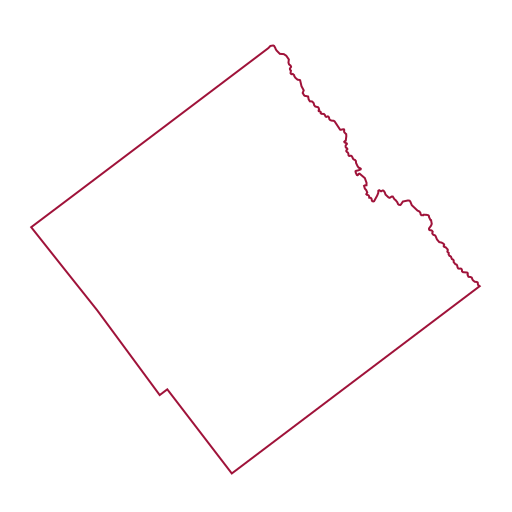 Clay, Minnesota, United States of America, rotated 143°
{"feature_id": "52423323B41425910049088", "entity_name": "Clay", "entity_type": "district", "adm_level": 2, "iso_a3": "USA", "parent_name": "United States of America", "parent_adm1": "Minnesota", "projection": "robinson", "projection_center": [-96.781, 46.89], "detail": "fine", "context": "isolated", "style": "outline", "palette": "rose", "viewbox_px": 512, "rotation_deg": 143, "n_neighbors": 0, "source": "geoboundaries", "source_scale": "gbopen_adm2", "svg_char_len": 3179}
<svg xmlns="http://www.w3.org/2000/svg" viewBox="0 0 512 512"><g transform="rotate(143 256 256)"><path d="M115.1,412.9L115.6,413.8L118.1,415.1L121.0,414.6L364.9,414.3L418.2,414.3L416.9,361.2L415.5,308.1L416.6,202.9L407.1,202.9L406.2,96.9L95.5,97.3L95.6,97.9L96.0,98.5L96.0,99.5L94.9,101.4L95.3,102.4L96.8,103.8L97.3,105.8L97.3,106.9L96.7,108.9L97.3,110.1L98.8,111.5L98.6,112.8L98.3,113.8L97.7,114.1L97.2,115.0L97.4,115.8L100.4,118.5L100.7,119.7L99.9,121.0L99.7,122.2L100.2,122.9L101.5,123.7L102.0,124.4L101.9,125.5L101.0,127.6L101.0,128.5L101.7,129.4L101.8,132.2L100.9,133.3L100.7,134.3L101.4,135.7L100.7,138.1L100.9,139.0L101.4,139.6L101.2,141.4L100.2,142.5L100.6,144.0L100.4,144.5L99.2,145.3L99.0,146.0L99.3,148.9L100.1,149.8L100.3,150.7L99.9,151.2L99.0,151.6L98.8,152.7L99.7,155.0L101.3,156.8L101.5,160.4L100.6,163.8L100.7,165.0L101.6,166.1L101.7,167.4L101.5,168.2L100.3,169.0L100.2,169.9L100.4,170.8L101.7,172.1L101.9,172.9L101.2,173.9L97.9,174.9L96.3,175.9L94.6,179.3L95.0,179.8L94.4,182.9L93.9,183.7L93.8,184.4L94.0,185.0L95.2,186.4L97.3,188.1L97.9,187.9L99.4,189.1L99.4,190.3L98.8,191.4L98.7,193.2L99.7,195.1L101.0,202.9L100.9,203.2L100.0,206.7L100.1,207.8L101.2,208.9L105.9,211.1L109.4,209.9L110.1,209.9L111.1,211.0L111.3,212.0L110.8,213.9L110.9,216.9L111.3,217.8L111.0,221.2L111.8,221.8L114.2,222.0L114.9,223.0L115.6,227.1L114.9,229.2L114.8,231.0L115.1,231.9L115.4,232.1L117.2,232.4L118.0,234.4L119.0,234.5L120.4,232.8L122.9,231.3L128.7,228.7L129.4,228.9L130.1,229.7L130.1,230.5L129.3,232.2L129.3,232.8L129.4,233.4L130.5,234.4L129.8,235.5L129.6,236.5L129.9,237.3L130.1,237.6L130.6,238.1L130.7,239.0L128.9,239.8L128.3,242.4L128.5,244.3L127.5,247.0L126.6,246.9L125.2,246.0L123.7,247.9L122.2,252.7L123.7,259.4L124.5,259.8L125.5,259.4L126.3,259.4L126.7,260.0L126.2,262.5L125.5,263.8L124.8,263.8L122.7,262.8L120.3,262.2L119.8,262.7L120.3,264.1L120.9,264.7L120.8,266.7L120.1,270.1L119.1,271.7L119.1,272.9L119.1,273.0L119.8,274.2L120.0,275.0L119.9,275.8L119.6,276.6L119.5,278.5L120.1,279.2L121.0,279.5L121.5,280.1L121.5,280.8L120.6,282.2L120.4,283.4L120.8,284.4L120.8,285.4L120.3,286.0L118.9,286.2L118.6,286.5L118.5,287.4L118.9,288.2L118.8,289.2L117.9,290.3L115.9,290.8L115.8,291.4L116.9,293.4L116.8,294.1L115.9,294.3L114.9,294.1L111.7,297.4L110.6,299.1L110.8,299.9L111.0,301.7L110.5,302.8L109.7,303.5L109.5,304.1L110.0,304.7L112.4,305.8L112.8,306.3L112.2,316.2L112.6,317.3L113.2,317.8L114.1,318.6L114.9,319.8L115.1,321.0L114.3,322.9L114.4,323.9L114.6,324.3L116.2,324.8L116.5,325.6L116.1,327.3L116.3,328.6L118.1,330.1L118.4,330.9L118.4,331.2L117.7,331.8L117.8,332.8L118.7,333.9L118.3,334.7L117.5,334.9L116.9,336.4L116.9,337.5L118.7,339.7L118.8,341.4L118.3,342.4L117.9,343.9L118.3,345.8L119.9,347.1L119.7,349.4L118.4,352.0L119.8,353.7L120.5,354.3L120.9,355.3L120.6,358.1L118.2,359.6L117.8,362.1L117.5,364.2L115.0,369.8L115.2,370.3L116.7,371.8L117.3,374.6L117.2,376.5L116.7,377.5L117.1,379.3L118.0,379.6L118.4,380.2L118.4,381.2L116.5,383.1L116.7,384.4L116.1,385.3L114.2,385.9L114.0,386.2L113.8,387.4L114.3,389.1L113.7,390.9L111.5,393.2L111.3,397.7L112.3,400.5L115.3,403.1L115.9,407.7L115.8,409.2L115.4,410.6L115.1,412.9Z" fill="none" stroke="#9f1239" stroke-width="2"/></g></svg>